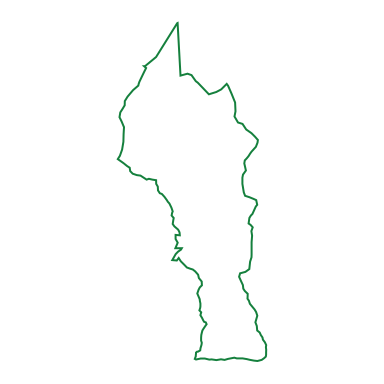 Monagroulli, Limassol, Cyprus
{"feature_id": "46923920B37964983611309", "entity_name": "Monagroulli", "entity_type": "district", "adm_level": 2, "iso_a3": "CYP", "parent_name": "Cyprus", "parent_adm1": "Limassol", "projection": "albers", "projection_center": [33.218, 34.746], "detail": "fine", "context": "isolated", "style": "outline", "palette": "green", "viewbox_px": 384, "rotation_deg": 0, "n_neighbors": 0, "source": "geoboundaries", "source_scale": "gbopen_adm2", "svg_char_len": 2693}
<svg xmlns="http://www.w3.org/2000/svg" viewBox="0 0 384 384"><path d="M177.2,23.2L156.1,57.0L145.1,66.1L144.1,66.2L146.1,68.0L144.0,72.2L141.4,77.6L139.4,81.8L138.7,83.8L138.3,85.6L133.1,90.1L127.6,96.6L124.8,101.1L124.7,105.3L122.6,108.8L120.3,112.4L119.5,117.2L121.7,121.7L124.0,127.2L123.6,134.1L123.4,141.8L122.1,149.6L119.9,155.8L117.8,159.1L123.3,163.0L127.3,166.2L129.7,167.7L130.2,171.1L132.7,173.7L136.8,175.1L140.5,175.6L146.6,179.6L148.9,178.8L152.3,179.6L156.1,180.2L156.2,183.9L157.8,186.6L158.0,190.4L159.8,193.2L161.9,194.0L164.5,196.9L167.1,200.5L167.7,201.6L169.4,203.5L171.4,207.6L172.7,211.4L172.1,213.0L171.6,215.5L173.7,218.0L173.3,220.1L172.7,224.0L174.4,226.4L178.1,229.6L179.2,231.6L179.6,232.8L179.8,235.3L175.6,234.9L175.6,239.0L177.7,242.7L175.4,248.2L181.8,248.2L181.0,249.6L178.0,251.7L175.7,254.1L172.3,260.1L176.8,260.5L178.7,258.0L180.8,261.3L184.3,264.8L186.9,267.5L190.2,268.7L192.8,269.5L195.2,271.4L198.1,274.7L198.9,278.1L201.7,281.5L201.9,285.3L199.8,287.4L198.6,289.7L197.3,293.5L199.7,299.2L199.9,301.1L200.4,303.4L200.4,306.4L200.2,307.9L199.4,310.4L201.2,312.3L200.4,315.2L202.1,318.0L203.2,320.3L204.1,321.8L205.8,322.4L206.6,324.2L205.6,325.6L203.5,328.7L202.4,330.5L201.8,332.8L201.3,335.0L201.1,337.7L201.1,340.6L201.8,342.8L201.5,344.8L200.5,348.2L200.2,350.4L198.1,351.6L197.0,351.7L196.0,352.6L196.0,353.7L195.8,355.2L195.8,356.2L194.8,358.9L196.0,359.5L200.8,358.5L204.7,358.5L209.3,359.6L211.6,359.4L216.4,360.1L221.0,359.3L224.6,359.9L228.0,358.9L234.3,357.7L236.8,358.4L242.6,358.4L246.8,359.1L249.7,359.8L253.9,360.6L257.4,361.0L261.7,359.9L264.1,358.2L265.6,356.8L265.8,356.6L266.1,354.8L266.1,352.4L266.2,349.7L265.9,347.1L266.2,345.1L264.9,342.3L262.9,339.6L262.5,337.5L260.8,335.0L259.7,332.5L257.2,330.5L256.8,326.0L255.4,322.3L257.3,315.7L256.1,312.0L254.6,309.5L249.9,303.8L248.9,300.7L247.5,298.7L247.6,296.9L247.7,293.8L244.9,291.1L243.3,288.7L242.9,285.1L240.9,280.8L239.1,276.8L240.1,273.3L245.4,271.9L249.3,269.1L250.1,261.7L251.5,257.3L251.6,254.5L251.6,249.6L251.6,245.9L251.6,242.1L252.1,235.7L251.4,231.1L252.7,227.3L250.6,224.9L248.6,223.5L249.4,217.9L250.9,215.5L252.4,214.0L255.8,206.5L257.2,204.8L256.2,200.1L253.3,198.8L249.4,197.2L245.1,195.8L243.8,192.4L242.4,183.9L242.4,177.7L243.0,174.6L245.9,170.5L244.3,163.4L244.8,160.4L246.6,158.5L248.5,156.2L250.2,153.5L251.5,151.7L255.9,146.8L257.5,142.7L257.9,140.0L255.0,136.7L251.5,133.2L246.2,129.5L242.5,123.9L238.0,122.5L234.5,116.5L235.5,111.3L235.1,102.5L231.6,93.8L228.1,85.8L226.7,83.9L226.5,84.1L221.2,89.4L216.3,92.0L208.9,94.3L197.8,82.7L195.8,81.2L191.5,75.1L187.5,73.7L180.5,75.6L177.6,23.0L177.2,23.2Z" fill="none" stroke="#15803d" stroke-width="2"/></svg>